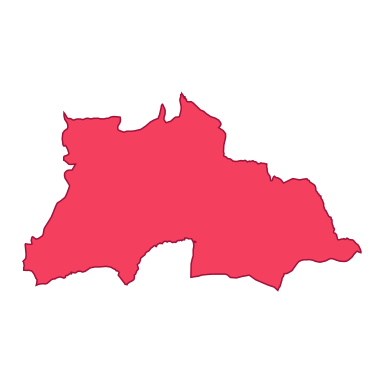 outline of Kabalo, Katanga, Democratic Republic of the Congo
{"feature_id": "63176286B58583497580401", "entity_name": "Kabalo", "entity_type": "district", "adm_level": 2, "iso_a3": "COD", "parent_name": "Democratic Republic of the Congo", "parent_adm1": "Katanga", "projection": "natural_earth1", "projection_center": [26.919, -6.185], "detail": "fine", "context": "isolated", "style": "filled", "palette": "rose", "viewbox_px": 384, "rotation_deg": 0, "n_neighbors": 0, "source": "geoboundaries", "source_scale": "gbopen_adm2", "svg_char_len": 5899}
<svg xmlns="http://www.w3.org/2000/svg" viewBox="0 0 384 384"><path d="M203.7,111.3L200.4,110.0L193.5,103.3L192.8,102.7L191.2,101.7L189.6,101.7L187.8,101.8L186.7,101.2L186.4,99.6L185.4,98.3L184.8,98.4L184.5,98.4L185.0,97.0L184.9,96.7L183.4,96.8L183.3,95.6L181.8,93.6L181.8,94.4L180.8,94.5L180.6,97.2L180.0,98.8L179.9,100.5L181.1,106.2L181.2,107.9L181.0,110.3L180.4,112.8L179.7,115.7L179.2,116.7L177.6,117.1L175.8,117.1L174.4,117.9L170.8,121.2L166.1,122.7L163.9,119.7L164.1,116.8L165.0,114.6L165.2,110.8L164.9,109.3L162.6,104.3L162.2,104.3L161.5,105.4L161.0,108.3L159.5,114.9L158.7,116.7L158.3,118.3L153.6,120.2L152.1,121.1L150.4,122.0L148.5,123.7L145.7,126.1L140.8,129.4L134.0,131.0L131.1,131.2L126.9,131.2L124.0,132.2L120.6,131.0L118.1,129.8L117.7,127.3L118.2,125.4L119.6,123.5L120.4,121.1L120.5,119.0L120.1,117.1L113.8,116.5L110.5,117.1L108.2,118.4L106.7,118.2L104.5,118.8L102.9,118.9L99.9,118.8L98.4,118.2L97.3,118.3L93.5,118.3L92.4,118.6L90.9,119.0L88.3,118.3L86.4,118.3L84.2,119.2L82.5,119.6L80.4,119.0L78.0,119.0L76.3,119.1L74.2,120.0L72.7,119.9L70.7,118.6L68.2,118.5L67.0,117.6L65.2,114.3L64.0,112.8L64.0,114.2L64.0,115.9L64.8,119.4L66.1,121.4L67.0,122.8L67.7,124.7L67.9,127.1L67.4,128.6L64.4,130.8L62.8,133.2L62.2,138.6L63.0,144.9L64.0,146.1L65.4,145.5L66.1,146.4L67.5,149.0L69.0,153.6L68.5,154.4L67.0,155.3L64.3,156.2L63.7,157.2L63.7,160.2L64.3,160.3L66.9,162.4L68.6,164.1L70.2,164.5L75.5,164.1L72.1,170.1L69.8,170.1L67.4,170.4L65.7,171.7L64.6,173.3L64.5,175.7L65.1,178.3L66.3,180.1L69.4,185.1L69.5,186.3L68.6,188.9L66.8,193.8L65.0,197.4L60.7,200.9L57.4,202.9L55.8,206.0L53.1,212.8L51.2,217.3L49.9,219.4L44.5,228.0L43.9,229.8L43.2,234.2L42.6,235.6L40.8,236.9L38.2,238.6L36.0,239.1L34.4,238.1L33.6,237.2L32.3,236.8L31.7,238.0L31.2,240.6L31.9,242.9L31.8,244.2L30.3,244.4L28.0,244.2L25.5,243.8L25.2,244.7L26.1,254.2L25.9,258.0L24.9,259.5L23.0,261.3L23.7,262.6L24.2,265.7L23.7,268.0L23.7,270.2L26.6,270.4L28.8,270.3L31.7,271.0L32.9,272.4L34.3,274.4L36.0,278.4L37.1,279.8L36.7,283.1L36.2,285.3L38.9,284.2L40.8,283.9L42.4,283.7L45.8,283.9L47.4,283.2L51.2,279.9L52.7,279.1L55.0,278.9L56.3,278.0L59.5,277.0L61.0,277.1L61.6,277.4L62.9,277.6L63.7,278.1L64.9,277.7L65.4,277.4L65.6,275.9L66.1,275.5L67.4,275.5L70.0,273.6L71.3,273.9L71.6,273.4L71.0,272.6L71.1,272.2L74.6,272.9L75.8,272.8L77.8,271.3L80.7,271.3L82.1,272.0L83.7,271.8L85.4,271.2L89.9,268.1L91.0,267.7L95.1,266.9L99.8,266.9L105.7,266.4L108.7,266.7L110.9,267.2L114.0,269.0L115.1,269.3L116.2,270.8L117.7,270.9L118.9,272.1L119.1,272.7L118.3,274.8L118.4,275.5L119.1,276.2L124.3,283.0L124.8,283.4L125.0,284.3L127.1,284.7L127.4,283.7L129.9,282.0L132.1,280.9L133.6,279.8L134.1,279.0L134.5,276.3L134.2,275.3L134.4,274.8L135.5,274.3L136.7,271.0L137.3,270.4L138.3,269.0L138.2,267.4L137.8,266.8L137.3,264.7L138.2,263.7L139.4,262.8L140.4,260.0L140.7,258.1L142.2,256.9L145.0,254.7L145.4,253.3L147.1,251.7L148.9,250.9L150.7,248.4L152.9,246.8L154.2,245.6L155.0,245.5L155.7,246.4L156.2,246.6L157.4,244.4L160.1,243.1L160.5,243.5L161.6,243.4L162.1,243.7L163.8,241.7L165.3,241.3L166.2,241.3L166.9,242.0L167.6,242.0L168.0,241.4L170.2,241.2L172.5,242.6L173.9,242.1L175.4,242.4L176.1,242.2L176.5,241.3L177.0,241.2L178.0,240.4L179.1,240.7L180.6,240.1L181.0,240.2L181.8,240.7L182.6,239.9L184.6,239.8L184.9,239.1L184.6,238.4L185.0,237.9L186.8,238.1L188.6,238.9L189.4,238.8L191.6,238.8L192.7,241.2L193.1,241.4L194.1,241.3L194.4,241.3L195.0,241.3L195.8,242.0L195.0,242.4L194.0,241.9L193.3,242.0L193.4,242.8L193.9,245.5L193.2,249.7L193.2,256.3L193.0,256.6L192.4,258.2L191.2,263.5L191.1,265.9L190.9,277.3L198.6,276.1L201.9,275.0L209.2,274.3L213.5,274.1L225.2,274.1L227.7,275.0L229.3,276.6L230.5,277.5L236.5,277.9L242.6,276.3L247.0,275.6L248.1,275.2L249.2,275.2L250.8,276.2L255.6,279.7L267.5,284.8L271.0,286.0L274.2,287.1L277.8,290.4L279.2,287.2L279.8,286.9L280.5,284.7L281.9,280.0L282.0,278.5L283.8,275.5L284.1,273.7L286.9,273.5L288.7,272.6L292.0,270.6L294.7,266.8L297.0,263.6L298.7,261.7L300.7,260.6L303.6,259.8L306.6,259.8L309.4,259.6L312.9,260.2L315.3,261.3L319.9,262.2L322.4,261.7L325.6,260.9L330.2,258.6L333.0,258.8L336.4,260.1L339.4,261.1L344.1,261.5L346.7,261.1L349.2,259.6L352.2,256.9L354.0,254.3L355.6,252.5L356.2,251.9L357.0,251.4L357.6,251.4L359.2,252.2L360.9,252.7L361.0,251.7L360.3,249.4L359.0,246.5L358.0,244.9L356.0,243.4L353.5,240.5L352.5,239.9L349.9,239.7L349.0,239.4L347.3,238.2L346.5,238.3L345.7,239.4L345.0,239.3L344.1,238.7L343.5,238.7L342.9,239.1L341.6,239.0L339.1,239.8L338.0,239.7L337.9,239.6L337.6,239.4L336.8,236.0L336.5,235.9L336.6,234.9L335.3,233.3L333.9,233.0L333.7,232.4L333.8,230.5L334.4,229.9L334.4,228.7L334.2,228.2L333.7,228.2L333.2,227.7L333.0,225.7L332.3,224.3L332.0,222.8L332.0,220.5L331.9,219.7L331.2,219.3L331.1,217.8L330.8,217.1L329.7,217.1L328.6,216.1L325.9,210.6L325.3,210.3L324.7,209.1L323.6,206.0L323.7,203.6L323.3,202.9L322.4,200.2L321.1,198.3L320.8,196.0L319.9,195.8L319.2,195.3L318.9,194.2L317.7,193.2L317.4,192.2L316.3,191.3L315.8,189.9L315.8,188.2L315.1,186.0L313.9,184.6L309.7,181.9L309.1,180.4L307.5,179.9L307.1,178.9L306.1,178.8L303.1,179.2L299.6,179.9L296.0,179.2L293.0,178.6L291.4,179.2L283.7,183.0L282.7,182.0L280.8,179.6L278.0,177.9L275.9,177.5L274.4,176.2L273.4,177.0L272.2,180.4L270.7,180.7L269.9,176.1L268.2,174.0L267.3,171.6L267.1,168.7L266.6,166.3L266.8,164.7L266.6,163.9L265.6,163.9L264.3,163.4L263.9,163.4L262.2,163.3L261.1,163.0L260.4,163.0L259.3,163.7L257.7,163.7L256.6,162.4L255.7,161.8L254.1,161.6L253.0,160.7L250.3,161.5L249.7,161.1L249.1,161.2L247.3,161.9L246.3,161.0L244.9,160.3L244.4,160.5L244.1,160.6L243.8,160.7L241.8,160.9L241.2,160.5L236.5,161.5L232.7,161.0L231.6,159.8L230.1,158.9L227.8,158.6L225.6,156.6L224.8,156.5L224.6,156.4L223.6,155.8L223.8,154.8L224.0,153.3L223.5,152.3L223.8,145.3L225.6,137.4L225.6,133.8L223.3,130.7L218.7,127.6L220.1,126.2L221.0,124.3L220.5,122.6L218.6,120.1L215.1,118.1L210.6,116.6L205.9,113.4L203.7,111.3Z" fill="#f43f5e" stroke="#9f1239" stroke-width="1.5"/></svg>